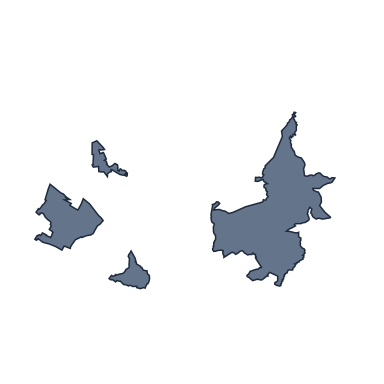 Zimatlán de Álvarez, Oaxaca, Mexico, rotated 201°
{"feature_id": "50627088B8941621819676", "entity_name": "Zimatlán de Álvarez", "entity_type": "district", "adm_level": 2, "iso_a3": "MEX", "parent_name": "Mexico", "parent_adm1": "Oaxaca", "projection": "mercator", "projection_center": [-97.013, 16.759], "detail": "fine", "context": "isolated", "style": "filled", "palette": "slate", "viewbox_px": 384, "rotation_deg": 201, "n_neighbors": 0, "source": "geoboundaries", "source_scale": "gbopen_adm2", "svg_char_len": 5975}
<svg xmlns="http://www.w3.org/2000/svg" viewBox="0 0 384 384"><g transform="rotate(201 192 192)"><path d="M76.4,135.6L75.5,136.6L76.2,138.2L75.7,138.9L76.1,140.4L75.5,141.2L75.9,141.8L75.6,142.2L76.3,142.8L75.4,143.5L75.9,146.0L75.5,146.7L75.9,147.1L76.1,148.0L75.5,148.5L75.4,149.5L74.2,150.7L74.4,153.0L73.5,154.1L70.1,155.2L70.4,157.1L69.3,159.4L69.6,161.3L70.0,161.6L69.5,161.6L68.8,162.3L69.2,163.1L68.9,163.6L68.2,163.7L68.1,164.5L67.0,165.0L67.1,166.1L64.3,169.2L64.9,170.2L64.2,171.1L65.1,172.8L65.5,172.7L64.9,173.4L65.5,173.8L64.6,175.6L65.9,176.9L65.6,178.0L66.7,179.0L69.4,179.3L69.9,179.8L71.0,180.1L71.8,180.9L72.2,182.6L73.2,183.9L73.1,186.1L74.0,188.1L75.4,188.0L76.6,188.9L78.0,192.6L78.8,191.7L81.0,190.9L86.7,190.2L89.8,189.3L87.5,193.0L86.7,193.4L83.3,197.4L84.4,197.7L84.7,198.4L83.8,199.5L78.8,201.6L78.0,202.6L75.5,204.1L73.2,207.0L72.8,208.4L73.8,210.2L75.3,211.5L75.5,212.3L76.7,212.9L76.4,214.6L77.1,216.2L76.5,220.0L73.9,218.9L74.0,216.4L73.2,214.6L72.2,214.4L71.5,213.2L70.0,212.1L67.1,211.3L66.0,211.4L65.0,212.6L64.1,213.0L60.4,213.5L53.8,217.4L53.7,218.1L60.6,220.7L67.9,225.0L67.6,229.0L69.5,233.3L71.7,235.3L74.1,237.3L75.5,236.9L79.3,237.2L80.4,238.6L74.1,241.0L71.8,245.2L68.4,248.7L65.9,250.2L64.7,251.6L63.6,256.3L66.4,255.6L67.4,254.2L68.5,253.6L71.4,254.4L74.3,253.8L75.7,254.0L79.1,255.5L80.3,255.4L82.5,253.6L83.7,251.3L84.6,250.6L86.0,250.9L88.3,249.8L89.4,248.4L91.8,247.5L93.1,248.0L96.1,253.7L96.3,258.0L97.8,259.9L102.0,262.9L105.8,262.7L108.9,263.3L111.2,266.7L113.0,267.4L113.4,268.3L115.2,269.1L116.4,272.3L117.0,272.5L118.0,273.8L118.2,275.5L120.4,277.1L120.3,278.3L118.8,278.3L119.6,279.6L117.8,279.6L117.6,279.9L118.4,281.9L117.0,282.6L116.2,281.9L115.8,282.5L117.2,283.6L117.5,284.3L116.9,285.7L116.8,287.3L118.1,290.5L117.9,292.4L119.6,292.9L119.4,294.3L121.1,294.8L122.2,296.2L123.5,296.9L123.8,298.5L122.6,299.2L122.4,299.9L124.1,300.7L124.2,301.6L123.7,303.3L124.9,303.2L125.3,303.0L125.2,301.3L126.0,300.1L125.2,298.8L125.1,297.9L125.6,295.8L126.6,294.5L126.5,292.1L127.6,290.4L127.2,289.4L127.9,286.8L130.3,281.1L127.5,276.2L128.3,253.4L133.1,242.6L132.3,240.8L133.2,239.5L133.1,235.7L132.5,234.0L131.1,233.7L131.6,231.6L131.4,230.9L132.3,230.0L134.5,230.0L135.8,229.1L137.9,228.5L136.9,224.8L134.7,225.3L132.9,226.6L132.2,227.6L130.0,229.1L128.6,227.6L124.7,226.8L126.9,225.1L127.2,224.1L126.4,222.1L124.3,221.7L123.4,219.7L121.7,219.3L121.6,216.7L121.1,215.9L119.7,215.4L119.3,214.9L120.2,212.5L120.2,211.0L120.5,210.6L122.6,210.4L122.3,208.6L123.1,207.5L136.7,197.4L146.5,187.6L150.0,185.1L154.2,186.0L157.5,185.4L159.4,185.6L160.8,185.3L165.3,183.0L164.9,185.4L162.5,189.7L162.1,191.3L163.9,192.1L165.6,191.6L166.1,189.7L168.5,187.5L167.9,186.7L166.1,177.3L165.0,176.3L165.2,175.0L163.4,171.9L162.0,170.6L160.7,170.7L159.7,170.0L159.4,166.4L158.4,164.7L158.2,163.6L157.1,161.7L154.2,159.4L152.9,155.9L153.5,154.6L153.1,153.5L153.6,152.8L152.5,149.7L152.8,149.0L152.4,148.8L152.1,147.6L152.5,146.5L151.8,145.3L150.8,145.0L150.5,144.4L148.6,145.2L147.4,146.4L144.5,147.9L142.2,148.5L141.9,148.4L141.6,146.4L140.7,145.6L140.5,144.7L139.4,144.2L138.8,142.4L132.9,150.3L131.8,150.0L131.0,150.4L128.9,149.4L127.0,151.6L126.0,153.8L124.3,155.1L123.3,155.1L121.4,154.0L117.5,153.2L115.6,154.5L113.8,155.0L113.2,156.9L112.1,156.1L110.4,156.4L110.1,155.3L109.1,154.7L109.4,153.8L108.3,153.3L108.6,152.9L108.3,152.5L100.1,146.6L100.3,146.2L101.6,145.7L102.8,143.6L104.3,142.9L109.4,138.6L109.6,135.9L110.8,134.0L110.3,132.9L108.1,132.6L103.6,131.0L99.7,134.0L96.0,134.6L94.9,135.4L92.2,140.1L90.9,140.8L91.7,141.5L90.8,144.8L81.9,144.2L80.3,140.1L80.5,139.1L82.1,137.2L81.8,135.6L79.7,135.2L76.4,135.6ZM270.7,136.5L283.2,144.1L291.1,146.8L291.1,141.2L292.1,134.2L301.3,135.7L300.6,138.0L308.2,138.9L303.3,141.2L307.2,142.1L307.2,141.2L307.5,141.2L308.1,141.5L308.4,142.6L311.2,144.0L314.3,144.2L327.3,148.4L327.3,143.7L326.4,132.0L325.1,131.9L325.8,128.2L327.1,125.8L327.5,123.3L328.6,121.0L329.4,121.3L330.3,117.2L327.1,115.9L326.8,116.3L326.1,116.2L326.0,117.7L325.5,117.7L324.9,118.5L323.6,118.6L322.6,118.2L319.6,115.7L318.0,115.2L317.4,114.7L313.2,113.5L312.6,112.4L312.6,110.9L311.2,110.0L311.8,105.9L308.2,105.1L308.2,104.7L307.4,104.5L307.6,98.9L312.4,99.1L312.4,99.7L317.0,100.2L317.7,97.1L319.1,97.4L320.6,96.0L319.5,95.6L320.6,95.9L320.9,95.6L321.8,91.6L320.1,91.2L319.8,92.3L319.1,92.2L318.9,93.3L313.2,91.6L306.6,92.3L299.8,92.2L292.6,91.1L292.0,95.7L285.4,95.7L285.7,97.3L285.5,98.8L283.8,105.5L279.1,110.6L278.4,110.1L275.0,113.3L271.0,115.7L269.4,117.9L268.2,126.4L266.3,129.1L264.7,133.5L267.9,135.5L270.7,136.5ZM200.6,96.1L201.2,96.7L201.4,98.0L202.4,99.1L204.2,99.6L205.9,102.4L206.8,101.9L209.7,101.7L211.7,103.5L212.2,103.3L213.4,104.2L217.9,104.9L219.0,106.6L219.7,106.5L219.5,107.1L221.5,109.9L227.7,115.1L228.2,111.8L228.6,111.1L228.5,109.1L226.5,107.3L224.5,100.8L223.9,100.4L223.9,98.6L226.1,95.7L226.0,94.2L227.1,91.4L230.4,89.3L233.3,86.9L233.7,87.5L234.5,85.9L235.5,85.1L237.3,85.3L238.4,81.4L236.3,80.9L234.8,81.7L231.1,80.7L230.3,82.4L228.0,82.6L227.0,83.1L222.8,81.1L219.8,81.8L217.7,81.5L217.2,82.2L215.4,82.8L213.5,82.5L209.8,84.2L209.5,83.0L209.1,82.9L205.4,83.3L203.5,85.1L201.2,85.6L201.4,87.0L201.1,89.3L201.0,90.1L200.3,90.6L200.1,93.1L200.6,96.1ZM286.3,177.7L284.2,178.1L281.5,179.2L276.5,176.1L277.4,178.8L276.0,181.1L274.6,182.1L275.6,183.3L275.6,183.9L274.6,184.0L265.4,182.5L260.3,183.4L258.6,183.3L258.4,184.1L259.1,186.3L260.5,184.6L260.8,184.6L260.4,186.7L261.2,187.7L263.1,188.0L265.1,187.0L266.1,187.8L267.3,187.9L267.7,186.4L267.5,185.4L269.2,185.6L269.9,188.2L271.3,190.7L274.3,191.0L275.8,188.0L278.2,185.7L281.2,187.1L281.7,187.4L281.4,187.9L283.1,190.0L285.2,190.2L283.8,192.1L288.8,197.1L289.8,196.6L290.0,195.9L291.3,195.4L291.6,194.8L294.0,197.7L293.7,198.3L291.9,198.6L288.9,200.3L290.9,201.7L299.2,205.7L302.8,202.1L298.8,191.3L297.3,191.4L294.2,181.9L294.9,181.4L293.0,179.9L288.4,182.3L286.3,177.7Z" fill="#64748b" stroke="#1e293b" stroke-width="1.5"/></g></svg>